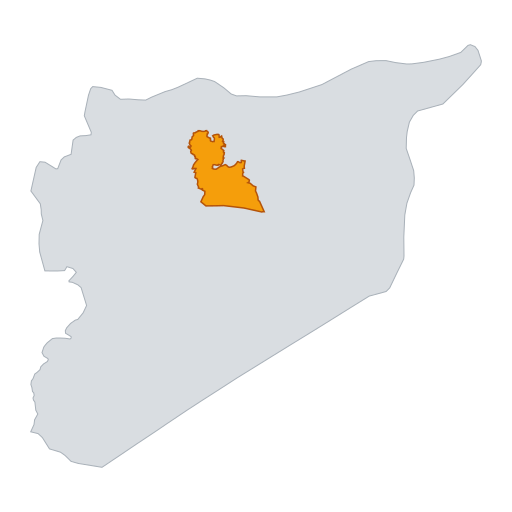 location of Ath-Thawrah, Ar Raqqah, Syria
{"feature_id": "27442178B46572819209410", "entity_name": "Ath-Thawrah", "entity_type": "district", "adm_level": 2, "iso_a3": "SYR", "parent_name": "Syria", "parent_adm1": "Ar Raqqah", "projection": "natural_earth1", "projection_center": [38.3, 35.804], "detail": "fine", "context": "in_parent", "style": "filled", "palette": "amber", "viewbox_px": 512, "rotation_deg": 0, "n_neighbors": 0, "source": "geoboundaries", "source_scale": "gbopen_adm2", "svg_char_len": 6824}
<svg xmlns="http://www.w3.org/2000/svg" viewBox="0 0 512 512"><path d="M39.9,161.7L45.0,162.2L55.9,168.9L57.7,168.7L61.1,159.9L64.3,156.9L71.1,154.3L73.1,140.1L76.3,137.4L80.1,135.9L85.9,135.6L91.0,134.8L91.3,132.3L84.3,115.8L85.0,111.7L88.5,95.2L90.7,88.7L92.7,86.6L100.8,87.4L112.0,90.3L115.0,95.1L120.5,99.3L128.8,99.0L138.3,99.8L145.7,100.1L151.7,97.1L165.1,91.6L171.8,89.7L177.9,87.3L197.3,78.2L205.1,78.9L210.4,80.1L214.5,81.5L223.7,87.7L231.2,94.0L236.5,95.9L246.1,95.7L259.9,96.9L276.8,96.9L286.7,95.1L299.3,92.0L321.8,84.6L351.3,69.1L368.6,61.6L376.1,60.7L385.9,60.6L395.6,62.6L406.7,64.0L411.8,63.9L423.8,62.3L439.3,59.2L449.0,56.6L460.8,52.4L468.0,45.4L470.4,44.7L473.5,46.0L474.9,46.5L478.0,50.4L481.3,60.7L481.3,61.8L480.7,64.7L473.1,73.2L462.8,84.6L455.4,91.8L442.9,104.0L433.5,106.6L417.6,111.0L413.3,115.3L409.4,122.1L407.2,131.5L406.5,137.4L406.2,148.4L410.1,159.8L413.7,170.7L414.3,178.0L414.0,185.1L410.6,192.7L406.9,203.2L404.8,215.0L403.8,237.1L404.0,256.0L403.7,259.1L397.2,272.3L389.7,287.9L386.1,291.5L369.2,296.1L350.8,307.5L330.3,320.3L311.6,331.9L291.9,344.0L271.5,356.6L257.0,365.6L237.4,377.7L219.6,389.2L201.5,400.8L187.8,409.7L166.9,423.7L154.7,432.0L136.6,444.0L120.8,454.7L102.0,467.3L78.5,463.5L71.1,461.4L65.0,455.4L60.5,452.2L49.5,448.9L42.4,437.6L38.1,433.6L30.7,431.8L34.0,424.6L34.6,419.8L37.8,414.0L35.8,410.2L34.9,402.1L33.5,400.1L33.0,398.0L34.2,395.4L33.7,392.7L32.5,391.6L31.9,387.5L30.9,384.5L31.4,380.9L33.1,378.5L34.8,374.0L36.8,372.6L40.0,369.7L40.8,366.8L43.6,363.9L47.4,361.5L48.3,359.6L47.8,358.5L44.0,356.3L42.0,352.6L43.8,347.1L45.1,345.3L47.3,342.7L52.4,338.6L56.4,338.0L59.8,338.0L65.6,338.3L70.1,339.0L71.2,338.0L71.1,336.6L65.6,333.3L65.3,330.7L66.7,327.8L70.6,323.4L75.3,320.1L77.7,319.5L83.1,312.9L86.6,305.5L81.1,287.6L77.8,284.8L72.3,282.3L69.1,281.9L68.9,280.8L73.2,276.2L76.3,272.3L72.9,268.5L66.9,266.7L64.6,270.6L56.9,271.0L44.9,270.9L39.7,252.0L39.0,243.8L39.2,234.3L42.9,220.5L41.3,214.0L41.2,209.7L40.3,203.8L30.9,191.0L36.2,167.4L39.9,161.7Z" fill="#d9dde1" stroke="#a8b0b8" stroke-width="1"/><path d="M205.9,205.9L214.5,205.8L215.6,205.8L223.6,205.6L240.7,207.6L243.9,208.0L261.9,212.0L262.5,211.7L263.0,211.7L263.4,211.7L263.8,211.7L264.2,211.7L259.5,201.2L258.6,200.7L258.1,199.9L257.9,197.0L256.5,193.0L255.5,191.0L255.9,186.9L253.2,185.9L250.2,183.3L247.9,182.7L249.0,182.0L249.4,180.2L248.9,179.6L243.0,175.9L242.6,175.9L242.7,173.4L243.5,172.3L243.0,172.0L242.6,168.9L243.3,168.5L244.4,168.3L244.2,166.1L245.1,161.1L244.9,161.1L244.6,160.9L244.2,161.0L243.3,160.7L241.3,160.3L241.2,160.6L241.3,162.1L241.3,162.5L240.0,162.7L238.0,161.6L237.5,161.7L237.3,162.2L236.5,163.4L235.4,164.6L234.2,165.7L232.6,166.4L231.1,167.0L229.1,167.3L228.1,166.8L227.4,166.1L227.1,165.9L226.8,165.4L225.9,164.9L225.2,164.6L222.6,165.8L220.4,166.4L216.2,169.2L213.9,169.1L213.0,168.7L212.8,168.7L212.3,168.4L212.7,167.3L212.3,166.8L212.6,166.4L213.1,164.8L214.0,164.6L215.3,164.8L216.1,165.1L217.9,165.3L217.8,164.9L218.6,164.4L220.3,165.0L220.8,165.3L221.0,164.9L221.3,164.6L221.6,164.1L221.9,163.2L222.3,163.2L222.9,161.9L223.1,161.5L222.9,160.6L223.0,160.1L223.2,159.8L223.3,158.8L223.9,158.1L223.1,157.9L223.3,157.1L223.3,156.1L223.6,155.7L223.6,155.3L224.3,153.9L224.0,153.3L224.3,152.6L223.4,152.0L223.8,150.5L222.8,149.8L222.7,149.5L221.7,148.9L221.1,148.5L221.2,147.6L221.4,147.4L221.4,146.6L223.1,146.5L223.0,146.0L223.9,145.4L224.4,145.7L224.4,146.4L224.6,146.7L225.1,146.5L225.4,146.6L225.5,144.6L224.0,143.9L224.1,143.5L223.4,143.1L223.6,142.1L223.4,142.2L222.6,141.4L223.1,141.0L222.9,140.5L223.2,140.0L223.2,139.7L223.1,138.9L222.1,138.1L221.6,136.0L221.1,136.3L220.2,137.2L219.6,137.3L219.2,137.3L219.1,135.8L219.1,135.2L219.0,134.9L218.9,134.7L218.7,134.5L218.5,134.4L218.4,134.4L218.0,134.5L217.9,134.5L217.5,134.4L217.4,134.4L217.2,134.3L216.3,134.5L214.0,135.0L213.2,135.4L212.7,135.8L213.3,136.5L213.3,136.9L213.4,137.0L213.5,137.2L213.6,137.3L213.8,137.5L214.0,137.6L214.2,137.8L214.3,138.0L214.4,138.3L214.4,139.1L214.1,141.5L213.1,141.5L212.5,141.7L212.3,141.6L212.1,141.5L211.9,141.4L211.7,141.3L211.3,141.2L211.1,141.2L210.9,141.2L210.7,141.1L210.5,140.9L210.5,140.7L210.4,140.6L210.4,140.4L210.5,140.1L210.5,139.8L210.6,139.7L210.5,139.4L210.4,139.1L210.2,138.9L210.1,138.7L210.3,138.7L210.5,138.5L210.5,138.4L210.5,138.2L210.4,138.1L209.8,138.0L209.6,137.9L209.4,137.9L209.1,137.8L208.8,137.6L208.5,137.5L208.2,137.3L207.9,137.1L207.7,136.9L207.4,136.9L207.2,136.8L207.1,136.7L206.9,136.4L206.9,136.2L206.9,135.9L206.9,135.6L207.0,135.5L207.1,135.3L207.1,134.7L207.3,134.6L207.2,133.9L207.7,133.8L208.0,133.3L208.2,132.3L207.7,131.6L207.4,131.6L206.9,131.2L206.7,130.6L205.6,130.7L205.5,131.0L205.1,131.2L204.6,131.3L204.1,131.4L203.7,131.4L203.4,131.4L203.0,131.4L202.6,131.4L202.1,131.3L201.7,131.3L201.4,131.2L201.1,131.1L200.6,130.9L199.8,130.7L199.2,130.7L198.9,131.0L198.6,130.7L198.4,130.7L198.2,130.7L198.2,130.8L198.0,131.1L197.8,131.4L197.7,131.5L197.4,131.6L197.2,131.6L196.8,131.8L196.6,131.9L196.5,132.0L196.3,132.2L196.1,132.3L195.9,132.2L195.6,132.5L195.3,132.8L193.8,132.9L193.4,133.1L193.3,133.3L193.5,134.4L193.4,134.6L193.6,135.2L193.4,135.7L192.1,136.9L191.9,138.6L191.7,139.5L191.4,139.8L190.1,140.0L189.6,141.8L189.7,142.1L189.7,142.3L189.4,142.7L189.3,142.8L189.2,143.0L189.3,143.1L189.3,143.3L189.8,144.2L189.8,144.6L190.2,145.2L191.1,146.0L190.5,147.1L190.4,147.2L190.1,147.2L189.8,147.2L189.7,147.1L189.0,146.4L188.9,146.3L188.5,146.2L188.3,146.4L188.2,146.9L188.2,147.0L188.2,147.3L188.3,147.4L188.3,147.5L188.5,147.7L188.6,147.8L188.9,147.9L189.1,148.0L189.3,148.2L189.6,148.3L190.0,148.5L190.1,148.8L191.0,149.6L191.4,150.3L191.1,150.8L190.7,151.2L191.0,152.9L191.1,153.0L191.3,153.3L191.6,153.5L191.9,153.6L192.0,153.7L192.3,153.7L192.5,153.7L192.6,153.8L192.8,153.9L192.9,154.0L193.0,154.2L193.0,154.4L193.1,154.5L193.3,154.7L193.4,154.8L193.5,154.8L193.9,154.8L194.0,154.8L194.4,155.0L194.5,155.1L194.7,155.4L194.7,155.6L194.6,156.2L194.6,156.3L194.7,156.5L194.8,156.5L194.9,156.4L195.0,156.4L195.2,156.5L195.4,157.1L195.3,157.5L195.2,158.3L195.4,158.7L196.0,158.6L196.3,158.6L196.5,158.6L196.7,158.8L196.8,158.9L197.0,158.9L197.9,159.5L196.7,160.7L194.9,162.9L193.5,165.0L193.1,166.5L192.1,168.7L192.8,169.0L192.9,168.4L194.5,168.6L194.7,168.4L196.0,168.5L194.1,172.2L195.8,172.7L194.9,177.3L195.3,177.5L195.4,178.0L197.0,178.5L197.1,178.8L197.2,179.1L197.3,179.3L197.5,179.7L197.5,179.9L197.6,180.2L197.7,180.5L197.7,180.8L197.7,181.0L197.8,181.3L197.8,181.6L197.8,181.9L197.8,182.1L197.7,182.4L197.7,182.7L197.7,183.0L197.5,183.5L197.4,183.8L197.3,184.1L198.6,187.1L198.3,188.0L201.5,189.3L201.7,188.8L201.8,188.7L202.0,188.6L202.3,188.6L202.5,188.8L202.6,189.0L202.4,190.1L204.9,191.3L204.7,194.6L204.0,195.7L203.3,196.5L200.9,201.8L205.9,205.9Z" fill="#f59e0b" stroke="#b45309" stroke-width="1.5"/></svg>